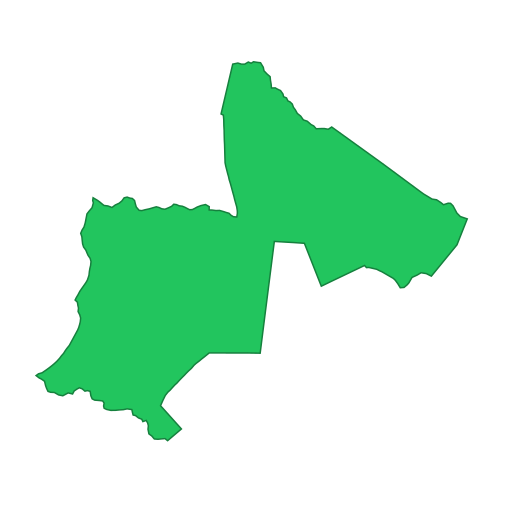 Luís Correia, Piauí, Brazil, rotated 276°
{"feature_id": "56859067B75864773986043", "entity_name": "Luís Correia", "entity_type": "district", "adm_level": 2, "iso_a3": "BRA", "parent_name": "Brazil", "parent_adm1": "Piauí", "projection": "mercator", "projection_center": [-41.5, -3.105], "detail": "fine", "context": "isolated", "style": "filled", "palette": "green", "viewbox_px": 512, "rotation_deg": 276, "n_neighbors": 0, "source": "geoboundaries", "source_scale": "gbopen_adm2", "svg_char_len": 3531}
<svg xmlns="http://www.w3.org/2000/svg" viewBox="0 0 512 512"><g transform="rotate(276 256 256)"><path d="M232.8,324.1L239.5,334.9L257.9,364.9L256.0,367.1L256.4,369.4L255.4,377.5L254.3,380.3L253.5,382.8L248.1,394.9L246.5,397.0L243.3,399.9L239.5,402.8L240.2,406.5L243.2,409.4L245.2,410.8L251.0,413.4L253.9,418.3L256.6,421.9L256.3,427.2L254.3,432.5L288.1,454.7L315.0,462.2L316.6,455.1L319.7,451.3L326.5,446.7L328.7,444.0L328.6,441.6L326.6,437.1L328.5,434.2L330.8,429.7L331.0,425.2L335.2,416.2L338.1,411.2L360.2,373.7L392.2,317.8L389.6,314.6L389.9,310.7L389.4,306.3L388.8,302.6L391.4,299.8L392.5,297.0L395.4,292.9L396.3,288.9L399.8,285.8L402.1,282.2L405.5,279.8L407.8,277.7L410.9,276.2L412.8,273.8L413.6,271.5L416.4,269.8L417.3,266.8L419.9,265.9L423.1,263.1L424.2,259.9L425.2,257.6L424.7,253.8L428.4,253.1L432.4,252.0L435.8,251.3L438.2,247.9L441.0,244.6L444.5,243.5L446.7,241.8L448.7,240.3L448.7,237.4L448.9,233.2L447.2,231.0L448.1,228.1L445.6,224.7L445.3,221.4L446.0,217.8L444.4,212.8L393.6,206.4L392.7,208.8L388.1,209.7L382.4,210.4L377.4,211.2L374.8,211.5L367.9,212.4L363.5,213.1L345.5,215.5L342.3,216.5L338.0,218.1L335.0,219.2L332.3,220.3L329.0,221.4L325.3,223.0L321.7,224.4L318.6,225.6L315.5,226.8L313.0,227.8L310.4,228.7L307.3,229.9L302.8,231.7L298.9,232.7L296.5,233.0L292.8,232.8L292.7,229.4L293.9,226.9L295.7,224.7L296.1,222.2L296.8,219.0L297.5,214.9L297.0,211.5L297.1,207.6L296.9,204.6L300.2,204.3L301.9,200.4L300.4,196.0L298.5,192.3L296.8,189.9L295.5,187.8L295.1,185.1L296.1,182.5L297.1,180.0L297.8,177.5L297.9,174.3L298.8,171.5L298.9,168.8L296.6,166.9L294.9,164.1L293.0,160.6L293.1,157.4L294.1,154.4L294.5,151.7L293.3,148.7L291.7,144.8L290.5,141.1L289.2,137.7L289.2,135.0L292.2,131.8L295.4,130.5L298.5,129.4L300.3,127.0L300.4,124.5L301.1,121.7L300.1,118.8L296.8,116.9L294.2,114.4L292.0,110.7L289.2,107.7L290.3,103.5L290.4,99.5L291.9,97.2L293.3,95.1L294.8,92.5L296.9,87.9L294.1,87.8L291.8,88.7L286.9,87.9L283.3,85.4L280.2,83.5L271.1,82.7L266.8,81.9L263.8,80.4L260.2,79.3L257.0,80.8L253.5,81.5L249.9,82.3L246.9,83.6L244.0,86.2L241.2,87.7L239.1,88.9L236.3,91.3L233.2,92.5L229.2,92.5L226.4,92.1L223.3,91.9L219.4,91.9L217.0,91.4L214.4,90.8L211.9,89.7L208.8,88.0L205.6,86.2L202.5,84.5L198.5,82.9L196.0,81.7L193.3,80.7L191.4,83.2L188.3,84.0L185.7,84.9L182.1,84.9L179.0,86.9L175.9,88.1L172.0,88.1L169.2,87.7L166.5,87.2L163.8,86.4L159.9,84.8L155.8,83.1L152.9,81.9L147.6,79.7L144.5,77.7L142.1,76.3L139.0,74.8L136.5,73.0L133.8,71.4L130.4,68.9L127.9,66.7L125.6,64.5L123.1,61.9L121.1,59.7L117.5,55.5L116.1,52.0L114.1,49.8L112.1,53.0L111.1,55.6L109.3,58.8L105.1,60.3L102.4,61.6L99.6,63.3L99.0,66.0L99.2,69.7L97.2,74.2L96.8,78.5L100.2,83.5L99.6,88.0L102.8,89.3L104.9,91.8L106.5,94.1L105.7,97.1L103.7,100.0L104.5,102.3L104.1,105.2L99.7,106.4L96.8,108.0L95.8,110.6L95.9,115.7L95.8,118.7L93.8,120.3L90.9,120.1L88.7,120.9L87.8,123.4L87.3,127.7L87.8,132.1L88.7,136.5L89.3,140.1L90.5,143.8L90.3,148.6L87.7,149.4L85.0,150.4L84.7,152.9L82.7,156.0L81.7,159.5L79.5,160.8L81.0,164.0L78.6,165.7L75.9,166.7L72.4,166.7L67.9,168.1L66.1,171.2L63.4,174.0L63.5,177.7L64.1,180.5L64.9,184.6L63.1,187.4L76.2,199.9L94.9,179.2L97.1,176.7L100.2,177.7L102.7,178.5L104.9,179.3L107.9,180.4L111.4,182.6L113.6,184.6L116.1,186.4L119.2,188.7L121.3,190.6L124.5,192.9L127.8,195.5L130.0,197.3L132.0,198.8L134.6,200.9L137.5,203.5L140.9,205.8L142.9,207.6L145.5,210.4L147.9,212.7L150.2,215.1L152.4,217.3L154.7,219.6L158.6,256.9L159.8,270.3L194.0,271.0L272.4,272.7L273.3,292.0L273.7,302.8L266.4,306.6L232.8,324.1Z" fill="#22c55e" stroke="#15803d" stroke-width="1.5"/></g></svg>